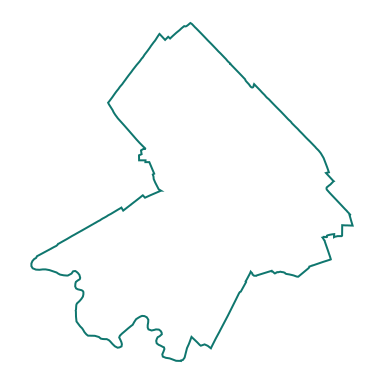 the district of Potlogi, Dâmbovita, Romania
{"feature_id": "2599482B54531699533489", "entity_name": "Potlogi", "entity_type": "district", "adm_level": 2, "iso_a3": "ROU", "parent_name": "Romania", "parent_adm1": "Dâmbovita", "projection": "mercator", "projection_center": [25.597, 44.573], "detail": "fine", "context": "isolated", "style": "outline", "palette": "teal", "viewbox_px": 384, "rotation_deg": 0, "n_neighbors": 0, "source": "geoboundaries", "source_scale": "gbopen_adm2", "svg_char_len": 5768}
<svg xmlns="http://www.w3.org/2000/svg" viewBox="0 0 384 384"><path d="M181.0,361.0L181.2,360.3L182.1,360.2L182.5,360.1L182.9,359.9L183.2,359.6L183.8,358.6L184.2,358.2L184.6,357.6L187.0,348.1L188.8,344.2L189.7,341.9L191.5,336.9L194.8,340.0L197.3,342.4L199.8,345.0L200.8,345.7L204.6,344.4L207.7,345.8L210.9,348.3L211.9,346.2L215.9,338.3L219.7,331.3L220.0,330.6L220.6,329.5L227.9,315.6L232.9,305.6L235.4,300.6L239.0,293.3L239.8,292.1L240.8,291.6L244.9,284.2L246.1,282.0L245.6,281.4L246.7,279.6L250.2,273.0L250.7,271.7L251.3,272.4L252.2,273.3L252.5,274.5L254.0,275.7L256.3,275.8L256.8,275.4L271.7,270.8L272.1,271.6L272.6,271.5L273.4,272.2L274.0,272.8L274.7,273.4L275.6,273.2L276.0,272.8L276.5,272.4L277.4,272.1L277.9,272.3L279.0,272.0L280.5,271.7L281.1,271.9L282.0,272.1L282.9,272.1L283.4,272.3L284.7,272.7L285.5,273.6L286.7,274.0L289.2,274.4L291.9,275.0L293.8,275.5L296.5,276.5L297.5,276.7L298.3,276.7L299.1,276.0L303.1,272.7L308.4,268.3L309.1,267.5L309.3,266.6L310.8,266.1L312.2,265.5L312.3,265.6L323.4,261.8L326.9,260.7L330.6,259.5L330.8,259.4L330.6,258.5L330.4,257.9L330.0,256.6L329.1,254.0L328.2,251.3L324.9,241.8L324.8,241.6L324.7,240.7L323.9,239.8L323.3,238.6L322.7,237.8L323.1,237.8L323.4,237.5L323.5,236.9L324.5,236.9L325.2,237.0L326.2,237.2L326.9,237.0L326.9,235.7L327.4,235.4L329.6,234.8L330.7,234.6L331.4,234.5L331.8,234.4L332.5,234.3L334.2,234.1L334.0,236.5L334.0,237.2L335.0,236.7L337.0,236.3L337.6,236.1L341.3,236.1L341.6,236.1L341.8,236.0L342.1,235.5L342.2,225.2L343.9,225.3L345.6,225.4L347.4,225.4L349.7,225.5L352.6,225.6L351.2,220.9L350.3,217.7L349.5,215.0L350.1,214.9L350.2,214.7L348.4,212.7L347.6,211.9L346.6,210.7L345.1,209.2L338.8,202.5L329.8,193.0L328.2,191.2L326.8,189.6L326.6,189.0L326.5,188.3L326.6,187.8L326.8,187.3L327.4,186.9L328.9,185.6L330.3,184.6L333.5,181.3L333.7,181.2L333.1,180.7L326.0,173.0L327.0,172.7L327.3,172.6L327.8,172.5L328.5,172.4L328.9,172.3L327.2,167.4L324.5,160.3L323.7,158.2L323.2,157.3L321.2,153.9L320.4,152.7L318.6,150.5L316.0,147.9L315.4,147.1L309.0,140.5L308.9,140.5L308.4,140.0L305.9,137.5L302.2,133.6L299.7,131.1L297.7,128.9L295.2,126.5L294.1,125.4L291.8,123.1L291.3,122.3L290.4,121.3L289.5,120.5L288.2,119.3L283.3,114.1L282.8,113.6L281.1,111.8L278.4,109.1L276.4,107.1L275.8,106.5L272.3,102.9L270.4,100.9L269.2,99.6L268.1,98.6L267.4,98.1L266.0,96.7L264.6,95.0L262.1,92.5L260.3,90.5L256.1,86.2L254.1,84.1L253.7,85.1L253.6,86.1L253.5,86.5L253.1,87.1L252.7,87.4L252.2,87.5L251.7,87.4L251.3,87.2L250.6,86.6L250.3,86.2L249.5,85.2L249.3,84.7L246.7,81.9L245.6,80.6L245.1,79.3L241.6,75.6L232.6,66.3L230.3,63.9L230.0,63.9L230.0,63.5L230.1,63.4L228.1,61.6L227.7,61.2L227.4,60.8L227.1,60.5L226.8,60.1L225.8,58.9L224.8,57.9L220.6,53.5L218.3,51.3L217.3,50.2L213.5,46.2L211.5,44.1L209.0,41.6L207.8,40.4L206.3,38.8L202.0,34.3L197.6,29.8L195.7,27.9L195.0,27.3L194.4,26.6L193.8,26.0L192.4,24.5L192.0,24.1L191.6,23.8L191.2,23.6L190.6,23.1L190.4,23.0L190.2,23.2L190.0,23.3L187.9,25.1L186.5,26.1L186.0,26.3L185.5,26.4L185.0,26.4L184.6,26.2L184.3,26.1L184.2,26.1L181.4,28.4L179.5,30.2L176.4,32.7L172.6,36.1L170.1,38.5L168.2,36.8L167.6,37.4L165.1,39.9L159.5,33.9L159.4,34.0L158.5,35.3L157.5,36.8L155.8,39.5L155.0,40.7L153.6,42.4L150.7,46.3L150.1,47.3L147.5,50.9L144.7,54.5L144.0,55.5L143.8,56.0L143.5,56.3L143.1,56.9L142.8,57.5L142.4,57.8L141.6,58.7L141.0,59.6L140.4,60.4L139.6,61.5L137.8,63.6L136.6,65.0L132.7,70.0L131.5,71.7L129.0,74.9L126.1,78.8L125.3,80.0L125.1,80.2L122.6,83.6L122.5,83.8L122.3,84.1L120.6,86.0L119.7,87.1L118.6,88.7L118.1,89.4L117.4,90.2L116.0,92.0L115.2,93.1L114.0,94.8L112.2,97.4L109.4,101.1L109.2,101.4L108.5,102.2L108.1,102.7L108.9,104.3L112.6,110.1L113.2,111.4L113.7,112.4L115.1,114.6L117.9,118.4L124.2,125.4L129.2,131.1L136.4,139.4L139.7,143.0L143.2,146.5L145.2,148.4L145.0,149.0L144.6,149.0L143.3,149.0L141.0,150.4L141.0,150.5L141.6,154.2L139.0,155.3L139.1,160.3L142.3,160.3L145.5,160.3L145.4,162.1L149.3,162.1L154.2,173.7L152.8,174.5L153.5,176.6L153.7,179.0L155.2,182.5L158.7,189.3L161.0,190.7L160.9,190.7L160.5,190.9L155.6,193.0L150.7,195.1L145.0,197.7L142.8,195.3L142.5,195.5L139.8,197.7L123.2,210.6L121.4,207.6L119.8,208.6L118.2,209.5L110.9,213.9L108.2,215.3L106.6,216.4L104.1,217.8L102.7,218.5L101.1,219.5L100.0,220.3L99.6,220.5L99.2,220.7L98.2,221.2L85.6,228.4L76.7,233.4L74.6,234.6L72.2,235.9L68.5,238.1L67.0,239.0L61.8,241.9L58.3,243.9L58.1,243.9L57.8,244.4L57.4,244.9L57.1,245.2L56.3,245.9L54.1,247.0L41.9,253.6L37.4,256.0L37.0,256.2L36.1,257.9L34.1,259.1L32.4,261.1L31.4,263.5L31.4,266.2L32.7,268.3L35.9,269.6L39.4,269.8L42.8,269.4L45.6,269.4L49.5,270.1L54.2,271.7L56.6,272.5L58.2,273.6L60.1,274.6L63.7,275.3L66.1,275.5L67.9,275.5L71.5,273.6L73.1,271.3L75.2,271.0L76.4,271.7L78.0,273.1L79.4,274.9L80.2,277.9L79.7,279.3L78.0,280.3L75.9,281.9L75.4,283.6L75.2,286.4L76.1,288.4L77.8,289.3L81.6,290.2L82.8,291.0L83.4,292.0L83.4,294.3L82.9,296.6L81.4,298.9L79.5,301.1L76.9,303.5L76.3,305.0L76.0,309.6L75.7,310.6L75.9,311.5L76.0,316.6L76.5,321.5L80.1,326.3L82.2,328.4L83.3,330.1L84.5,332.2L86.4,334.4L88.1,335.7L90.6,335.7L94.8,335.8L98.9,337.0L100.8,338.6L102.7,339.0L104.4,339.1L106.7,339.1L108.9,340.2L110.2,341.4L112.5,344.0L114.9,346.3L117.6,347.7L119.5,347.4L121.5,346.4L121.9,344.2L121.4,342.2L120.4,339.9L119.2,337.5L119.9,335.7L122.0,333.6L125.1,331.0L128.1,328.4L131.3,325.8L132.7,324.8L134.3,321.9L136.1,319.2L138.4,317.7L140.5,316.5L142.1,315.9L144.5,316.1L146.8,317.3L148.3,319.7L148.2,322.3L147.7,325.2L147.7,327.6L148.5,329.4L151.6,330.5L154.3,329.9L156.0,329.4L158.9,329.6L160.6,330.9L161.6,332.5L161.8,334.3L159.5,336.3L157.7,337.2L156.9,338.7L156.2,340.9L156.7,343.3L158.6,344.8L160.5,345.6L162.5,346.7L164.0,347.4L164.4,349.0L163.6,351.3L162.3,354.3L162.8,356.6L165.8,357.8L169.7,358.4L172.7,359.5L176.1,360.8L180.4,360.9L181.0,361.0Z" fill="none" stroke="#0f766e" stroke-width="2"/></svg>